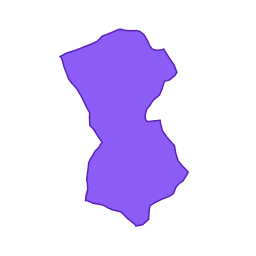 Zardab District, Zərdab, Azerbaijan (Robinson projection), rotated 249°
{"feature_id": "54616110B34042895235078", "entity_name": "Zardab District", "entity_type": "district", "adm_level": 2, "iso_a3": "AZE", "parent_name": "Azerbaijan", "parent_adm1": "Zərdab", "projection": "robinson", "projection_center": [47.712, 40.25], "detail": "fine", "context": "isolated", "style": "filled", "palette": "violet", "viewbox_px": 256, "rotation_deg": 249, "n_neighbors": 0, "source": "geoboundaries", "source_scale": "gbopen_adm2", "svg_char_len": 1384}
<svg xmlns="http://www.w3.org/2000/svg" viewBox="0 0 256 256"><g transform="rotate(249 128 128)"><path d="M33.6,100.3L32.5,107.0L35.3,114.5L43.5,118.2L47.6,120.7L48.5,125.7L48.7,126.8L49.4,134.0L49.4,141.9L50.5,146.8L56.0,152.1L57.9,156.2L58.9,160.4L63.7,166.8L65.5,168.4L73.1,165.1L79.5,163.0L87.2,163.5L95.1,165.0L100.3,162.9L105.9,160.9L113.0,159.2L120.8,160.0L123.7,160.8L125.6,153.7L126.9,148.6L129.4,147.4L133.7,148.5L138.7,152.1L141.3,156.5L144.9,161.4L146.0,164.6L147.4,169.1L150.7,172.3L152.5,174.0L153.4,174.7L158.6,178.8L158.0,184.0L159.7,189.2L160.3,190.7L162.5,193.6L170.3,193.6L179.0,191.5L187.6,189.8L188.8,189.7L189.0,187.2L190.3,182.4L192.9,179.0L197.1,177.7L202.6,177.5L209.6,176.3L214.0,173.6L216.0,170.7L217.5,166.4L219.7,161.1L222.6,157.0L223.5,154.3L223.0,146.6L223.0,136.9L220.0,130.6L219.5,122.2L219.4,107.3L220.0,98.1L219.0,90.2L217.7,90.9L213.9,90.9L208.0,90.2L201.9,90.2L194.6,90.2L190.2,91.5L183.0,94.3L172.4,96.0L164.5,96.6L155.9,97.6L151.6,95.8L144.1,93.3L139.2,95.4L130.0,97.2L125.8,98.2L123.5,98.5L122.5,96.3L120.4,94.1L118.3,89.2L115.2,85.6L112.7,82.0L109.7,78.9L104.5,76.3L101.5,74.6L94.8,71.0L90.1,70.1L85.0,68.3L79.8,64.5L75.4,62.4L75.4,63.3L70.5,68.2L68.2,72.0L66.4,75.0L64.1,77.9L60.5,80.8L57.6,83.8L56.9,84.5L54.1,88.7L52.0,91.4L47.5,93.5L44.2,94.9L37.9,98.5L34.1,100.6L33.6,100.3Z" fill="#8b5cf6" stroke="#5b21b6" stroke-width="1.5"/></g></svg>